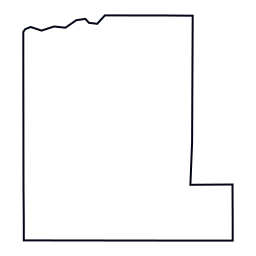 Lawrence, South Dakota, United States of America (Mercator projection)
{"feature_id": "52423323B97132766145301", "entity_name": "Lawrence", "entity_type": "district", "adm_level": 2, "iso_a3": "USA", "parent_name": "United States of America", "parent_adm1": "South Dakota", "projection": "mercator", "projection_center": [-103.839, 44.373], "detail": "fine", "context": "isolated", "style": "outline", "palette": "ink", "viewbox_px": 256, "rotation_deg": 0, "n_neighbors": 0, "source": "geoboundaries", "source_scale": "gbopen_adm2", "svg_char_len": 396}
<svg xmlns="http://www.w3.org/2000/svg" viewBox="0 0 256 256"><path d="M23.8,221.4L23.8,240.4L185.2,240.6L232.7,240.6L232.7,220.0L232.5,184.5L190.4,184.8L192.1,142.0L192.7,15.7L168.1,15.5L104.9,15.4L97.2,23.8L88.9,22.8L85.4,18.9L76.3,20.2L65.4,27.7L54.0,26.5L41.6,30.6L30.7,27.0L25.3,29.1L23.3,31.8L23.3,45.3L23.3,57.7L23.5,187.7L23.8,221.4Z" fill="none" stroke="#020617" stroke-width="2"/></svg>